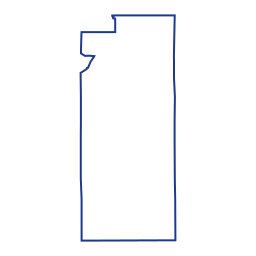 the district of Santa Fe, New Mexico, United States of America
{"feature_id": "52423323B7910284098796", "entity_name": "Santa Fe", "entity_type": "district", "adm_level": 2, "iso_a3": "USA", "parent_name": "United States of America", "parent_adm1": "New Mexico", "projection": "equal_earth", "projection_center": [-106.034, 35.521], "detail": "fine", "context": "isolated", "style": "outline", "palette": "blue", "viewbox_px": 256, "rotation_deg": 0, "n_neighbors": 0, "source": "geoboundaries", "source_scale": "gbopen_adm2", "svg_char_len": 649}
<svg xmlns="http://www.w3.org/2000/svg" viewBox="0 0 256 256"><path d="M175.4,240.3L175.2,199.4L174.8,178.6L174.6,141.1L174.6,120.3L174.9,96.7L174.0,78.1L174.0,63.7L174.0,59.8L173.9,57.3L174.1,46.0L174.6,20.9L174.7,15.4L131.1,15.4L126.9,15.4L115.8,15.4L112.2,15.5L112.2,16.0L113.3,16.7L112.9,17.2L113.2,18.4L114.9,18.4L115.2,19.2L115.2,32.1L81.5,32.1L81.0,49.6L81.0,53.4L85.0,55.9L88.5,55.7L94.3,56.1L94.1,56.6L90.6,61.7L88.0,67.8L87.0,68.0L86.6,69.1L80.6,72.9L80.9,97.0L80.9,125.6L80.8,131.4L80.8,146.0L80.8,161.5L80.8,178.6L81.4,194.0L81.6,199.4L81.6,240.6L90.3,240.6L119.6,240.5L175.4,240.3Z" fill="none" stroke="#1e3a8a" stroke-width="2"/></svg>